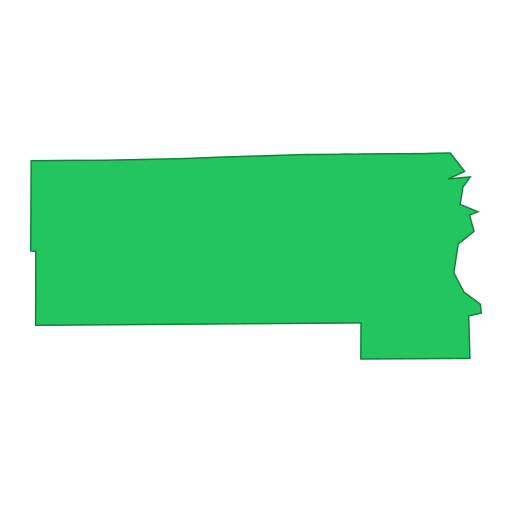 Putnam, Missouri, United States of America
{"feature_id": "52423323B64691104817228", "entity_name": "Putnam", "entity_type": "district", "adm_level": 2, "iso_a3": "USA", "parent_name": "United States of America", "parent_adm1": "Missouri", "projection": "equal_earth", "projection_center": [-92.899, 40.466], "detail": "fine", "context": "isolated", "style": "filled", "palette": "green", "viewbox_px": 512, "rotation_deg": 0, "n_neighbors": 0, "source": "geoboundaries", "source_scale": "gbopen_adm2", "svg_char_len": 630}
<svg xmlns="http://www.w3.org/2000/svg" viewBox="0 0 512 512"><path d="M207.2,157.7L206.5,157.7L182.8,158.6L103.5,160.3L67.3,160.4L49.6,160.6L31.2,160.7L30.7,250.9L35.8,251.5L35.6,325.3L361.0,322.9L360.8,359.0L468.2,358.4L469.9,358.4L468.7,315.9L481.3,313.1L480.4,304.3L463.8,292.0L453.8,272.8L458.2,244.0L474.0,231.3L469.5,215.0L477.9,211.8L460.1,204.4L462.9,187.2L470.2,176.9L448.2,178.9L464.6,171.4L450.3,153.0L432.8,153.3L423.1,153.6L378.3,153.8L373.8,153.9L359.6,154.0L356.1,154.2L345.8,154.0L339.1,154.3L330.3,154.4L306.1,154.5L295.9,154.8L214.7,157.3L207.2,157.7Z" fill="#22c55e" stroke="#15803d" stroke-width="1.5"/></svg>